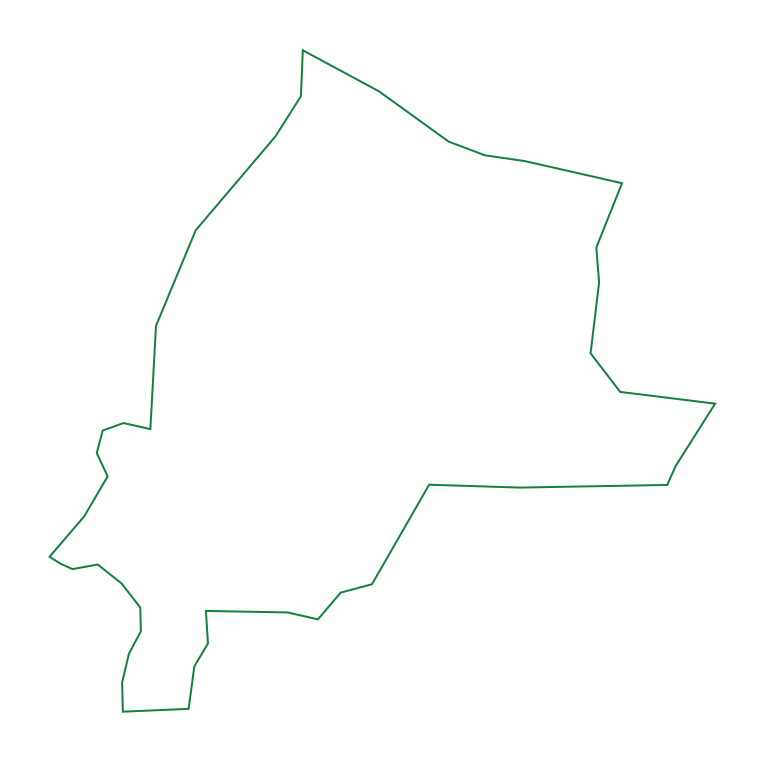 the border of Kotido, rotated 271°
{"feature_id": "UGA-3123", "entity_name": "Kotido", "entity_type": "County", "adm_level": 1, "iso_a3": "UGA", "parent_name": "Uganda", "parent_adm1": "", "projection": "robinson", "projection_center": [33.884, 2.985], "detail": "fine", "context": "isolated", "style": "outline", "palette": "green", "viewbox_px": 768, "rotation_deg": 271, "n_neighbors": 0, "source": "natural_earth", "source_scale": "10m", "svg_char_len": 684}
<svg xmlns="http://www.w3.org/2000/svg" viewBox="0 0 768 768"><g transform="rotate(271 384 384)"><path d="M55.8,194.3L51.8,128.6L81.0,127.4L109.7,133.6L132.4,145.2L156.2,144.2L180.0,125.1L198.5,100.9L193.5,75.7L198.6,63.9L205.4,52.6L246.5,86.6L286.8,109.3L310.0,98.0L332.6,103.6L340.4,124.2L334.8,151.2L438.1,155.0L534.5,193.1L629.6,271.1L670.3,295.9L716.2,297.0L676.4,374.1L627.4,444.5L614.4,481.0L609.3,521.0L588.9,618.5L524.1,593.9L489.3,597.3L418.3,590.0L380.2,620.3L370.1,715.4L307.2,677.1L288.0,668.9L282.8,521.4L284.1,430.9L183.6,375.5L174.7,344.4L147.5,322.0L153.9,291.7L154.0,209.9L121.5,212.5L98.3,199.3L55.8,194.3Z" fill="none" stroke="#15803d" stroke-width="2"/></g></svg>